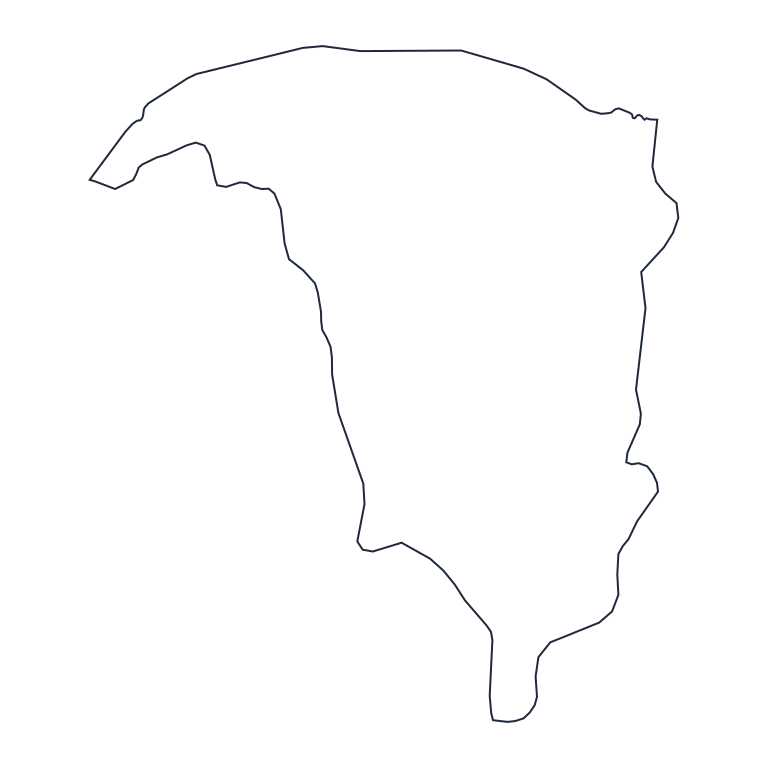 the border of Yobe
{"feature_id": "NGA-2873", "entity_name": "Yobe", "entity_type": "State", "adm_level": 1, "iso_a3": "NGA", "parent_name": "Nigeria", "parent_adm1": "", "projection": "natural_earth1", "projection_center": [11.324, 11.986], "detail": "fine", "context": "isolated", "style": "outline", "palette": "slate", "viewbox_px": 768, "rotation_deg": 0, "n_neighbors": 0, "source": "natural_earth", "source_scale": "10m", "svg_char_len": 1734}
<svg xmlns="http://www.w3.org/2000/svg" viewBox="0 0 768 768"><path d="M322.7,46.1L360.3,51.1L461.1,50.5L523.7,68.7L546.6,79.3L575.5,99.5L585.0,108.1L589.1,110.5L601.3,113.8L608.1,113.2L611.1,112.6L615.4,109.2L618.9,108.4L629.3,112.6L631.7,114.1L632.5,115.7L632.5,117.0L632.9,117.9L634.6,118.3L635.3,117.7L636.2,116.5L637.5,115.3L639.5,115.0L641.6,116.3L643.1,118.4L644.6,119.7L646.6,118.3L650.0,119.4L657.3,119.7L657.2,120.2L652.4,166.5L656.1,181.8L665.3,193.6L676.5,203.1L678.3,218.0L673.1,232.7L664.0,247.2L641.2,272.0L645.5,308.2L636.0,389.6L640.9,413.8L639.8,424.4L627.4,452.8L626.3,462.3L631.8,464.3L638.7,463.2L647.2,466.3L653.2,474.3L657.0,482.8L658.0,491.6L637.0,521.5L628.5,539.2L622.8,546.1L618.4,554.0L617.3,574.5L618.4,594.8L612.1,611.4L599.2,622.6L550.2,642.4L538.4,657.2L535.6,676.6L537.0,696.8L534.7,705.2L529.8,712.5L523.5,718.4L515.4,721.0L507.6,721.9L493.0,720.2L491.2,713.1L489.7,695.7L492.4,640.2L491.0,631.9L486.6,625.5L464.9,600.3L454.8,584.6L443.3,570.5L430.1,558.7L401.6,542.7L372.8,551.5L362.7,549.7L357.3,541.5L364.5,504.1L363.3,483.6L338.4,413.0L332.1,374.3L331.9,357.4L330.6,347.0L326.6,337.6L322.3,330.0L321.2,321.4L321.0,311.7L317.8,292.6L315.0,283.4L303.2,270.3L289.0,259.2L284.6,243.4L280.8,209.2L274.5,193.7L268.8,188.7L261.7,189.0L254.1,187.1L246.6,183.0L239.8,182.4L226.1,186.9L217.2,185.3L215.2,179.2L209.8,155.0L204.5,145.6L195.8,142.6L186.5,145.4L167.0,154.4L156.9,157.4L142.6,164.3L138.8,167.4L136.3,173.9L133.2,180.0L115.1,189.0L95.4,181.5L89.7,179.8L125.4,131.7L132.3,124.1L136.3,121.2L138.5,120.3L139.6,120.5L140.4,120.3L142.1,118.3L143.0,115.9L143.8,110.0L144.7,107.5L148.4,103.4L187.7,78.2L196.4,74.0L297.1,49.3L302.7,47.9L322.7,46.1Z" fill="none" stroke="#1e293b" stroke-width="2"/></svg>